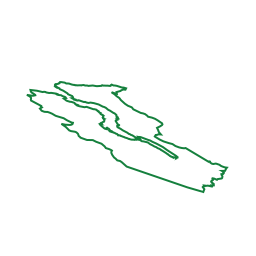 outline of Gratangen nor, Norway, rotated 19°
{"feature_id": "86288312B27152726766865", "entity_name": "Gratangen nor", "entity_type": "district", "adm_level": 2, "iso_a3": "NOR", "parent_name": "Norway", "parent_adm1": "", "projection": "equal_earth", "projection_center": [17.46, 68.708], "detail": "fine", "context": "isolated", "style": "outline", "palette": "green", "viewbox_px": 256, "rotation_deg": 19, "n_neighbors": 0, "source": "geoboundaries", "source_scale": "gbopen_adm2", "svg_char_len": 5899}
<svg xmlns="http://www.w3.org/2000/svg" viewBox="0 0 256 256"><g transform="rotate(19 128 128)"><path d="M220.0,164.0L220.1,161.0L217.9,159.5L218.2,158.8L219.2,158.2L218.6,157.6L221.1,157.1L222.2,156.5L226.5,156.0L226.6,155.6L225.7,155.0L227.8,154.3L227.6,153.7L227.2,153.5L227.1,152.9L225.5,152.6L225.4,152.2L224.3,151.9L224.0,151.4L224.3,150.6L225.3,149.4L225.2,148.6L223.5,148.2L225.7,147.8L229.0,148.0L229.3,147.2L233.0,145.2L233.3,144.5L233.0,142.9L231.6,141.8L231.6,141.5L231.4,141.2L232.9,140.5L233.2,139.7L232.7,139.2L233.0,138.9L232.3,138.3L230.8,138.0L233.7,136.9L234.0,134.5L234.4,133.3L232.4,133.7L229.7,133.7L227.8,133.5L227.2,133.2L226.4,133.0L223.2,133.0L222.5,133.1L220.3,134.3L218.7,134.4L217.0,133.9L216.5,133.4L216.5,133.1L216.3,133.0L215.5,133.2L215.2,133.7L189.0,128.2L187.7,128.9L185.4,129.4L182.7,129.7L178.7,129.6L175.3,128.7L171.4,129.0L165.9,129.1L161.7,128.6L156.7,127.5L156.1,127.3L156.5,125.6L157.8,125.0L158.9,124.0L161.2,123.4L158.9,122.1L158.1,121.4L157.3,120.3L155.4,118.4L157.7,116.1L159.2,114.2L159.4,113.4L158.7,112.5L153.5,111.1L150.5,110.5L147.1,110.4L143.3,110.8L142.1,110.1L139.6,109.3L137.4,109.3L135.2,109.6L126.9,108.6L125.2,107.4L124.5,107.2L120.7,107.0L117.3,106.1L112.1,103.9L110.1,102.5L106.8,101.6L104.1,100.4L101.7,99.9L100.9,99.5L104.6,99.5L106.3,99.3L105.4,97.8L108.9,95.4L109.2,94.7L110.9,93.2L113.1,92.6L113.3,91.1L110.8,91.2L109.0,91.7L103.6,91.8L101.8,92.1L100.4,92.5L98.4,92.3L97.8,93.1L97.8,93.8L97.2,94.1L95.0,94.6L91.0,95.9L89.6,96.0L89.3,96.7L86.4,98.0L84.5,98.7L80.8,99.3L76.8,101.1L75.8,101.1L73.6,101.8L72.1,101.8L70.3,102.6L69.9,103.0L69.3,103.0L66.5,104.1L63.4,104.8L62.6,104.7L62.9,104.9L60.8,105.2L57.6,105.2L55.1,106.0L53.4,105.7L49.6,106.4L48.7,106.8L48.5,107.3L48.7,107.5L48.7,107.9L47.9,108.4L47.9,108.7L46.5,109.6L45.2,110.1L44.9,110.7L44.9,111.2L45.1,111.4L46.4,111.9L45.7,112.5L45.9,112.6L48.1,113.1L48.7,112.7L49.3,112.7L50.3,112.9L50.4,113.2L51.0,113.5L54.6,113.8L58.8,114.8L59.6,115.0L60.3,115.6L64.9,116.0L66.1,116.9L66.0,117.3L64.8,117.6L66.0,117.9L65.5,118.1L65.9,118.2L67.6,118.2L67.2,118.5L67.4,118.7L70.8,118.6L71.5,118.4L71.5,118.2L72.0,117.9L73.0,117.8L77.4,117.8L78.2,117.7L78.8,117.3L80.6,117.4L82.2,117.2L82.7,117.1L84.2,116.2L87.6,115.6L92.6,115.3L97.2,116.0L98.5,115.9L100.4,116.1L103.5,117.3L105.0,117.4L109.4,118.5L110.4,118.5L112.7,119.4L112.9,120.0L113.5,120.5L113.3,120.7L113.5,121.0L114.5,121.4L114.3,121.8L114.9,121.6L114.9,121.9L115.8,122.4L115.0,123.0L115.4,123.5L114.3,124.2L114.2,124.5L114.5,124.7L114.1,125.4L114.8,126.0L115.7,126.7L116.4,127.3L117.3,127.9L118.5,128.1L118.5,128.4L118.1,128.4L118.3,128.5L118.1,128.7L117.4,129.0L117.5,129.3L117.1,129.7L117.3,130.0L117.6,130.1L117.8,130.6L118.2,130.7L121.3,131.2L123.8,131.9L129.0,132.7L130.7,133.3L131.6,133.2L133.3,133.6L134.4,133.5L139.5,134.8L141.5,134.1L141.5,133.8L141.9,133.8L141.3,133.4L140.3,133.5L140.1,133.2L141.5,133.1L140.8,133.0L142.9,132.5L151.0,132.7L153.0,132.6L155.5,133.1L160.0,133.5L167.4,134.7L171.9,136.1L182.5,138.7L184.0,139.3L183.6,139.8L183.6,140.3L183.8,140.0L184.0,140.1L183.6,140.4L183.2,140.3L183.3,140.6L184.6,140.9L182.7,140.8L182.0,140.6L181.3,140.7L180.9,141.2L181.1,141.2L180.8,141.2L181.6,141.5L180.3,141.2L179.9,141.1L180.7,141.1L180.0,140.9L177.8,141.0L177.6,140.8L176.7,140.8L176.3,140.5L174.9,140.2L174.3,139.8L173.3,139.7L172.2,139.3L167.6,138.2L166.5,138.1L166.0,137.8L164.6,137.5L162.5,137.4L160.9,136.9L159.1,136.9L156.8,136.4L154.2,136.1L151.5,135.2L147.1,135.6L145.3,136.0L143.2,135.4L140.9,135.8L140.1,135.7L139.8,135.8L140.2,136.0L139.8,136.4L138.4,136.7L137.8,137.2L137.1,137.2L135.4,137.8L133.4,138.0L132.8,137.9L132.4,138.1L130.6,137.9L127.8,138.0L127.1,137.8L126.5,137.9L124.4,137.8L123.9,137.9L123.0,137.6L122.4,137.8L121.2,137.7L121.0,138.1L119.5,137.2L118.2,137.3L116.8,136.9L116.3,137.1L114.7,136.7L114.4,136.9L113.7,136.9L113.9,136.6L113.7,136.3L113.4,136.3L113.8,136.6L113.6,136.8L112.8,136.8L112.6,136.8L112.9,137.1L111.9,137.1L110.9,136.5L110.9,136.2L111.3,135.7L110.2,135.0L109.2,134.9L108.2,134.5L107.8,134.7L107.6,135.1L108.0,135.2L107.8,135.5L108.4,135.6L108.5,136.0L106.1,136.2L106.3,136.1L105.9,136.1L101.9,134.6L101.7,134.4L101.9,134.4L101.4,134.2L101.6,134.1L101.3,134.1L101.3,133.6L101.0,133.5L101.9,133.2L101.6,133.1L101.4,132.8L101.6,132.8L101.1,132.7L101.3,132.5L100.9,132.4L101.3,132.0L101.2,131.8L101.4,131.7L102.5,130.3L103.2,129.9L103.3,129.1L103.2,128.6L102.5,127.8L102.9,127.2L101.8,127.2L101.4,127.0L101.5,126.6L100.7,126.3L100.9,125.3L100.2,124.4L100.5,124.2L99.6,123.8L98.8,124.0L97.6,123.7L97.2,123.4L97.3,122.8L95.6,122.6L95.3,122.2L94.3,122.0L94.4,121.7L92.5,121.3L92.4,121.1L92.1,121.0L90.0,121.2L89.1,121.5L81.9,121.5L80.1,122.5L75.2,123.2L72.6,123.3L71.4,122.9L71.8,122.6L70.9,122.6L69.1,121.7L66.0,121.7L64.6,122.1L61.5,122.2L59.9,121.9L59.1,121.4L58.1,121.2L58.4,121.0L58.4,120.8L58.9,120.8L58.8,120.4L59.8,120.2L59.3,120.1L59.6,119.9L59.2,119.7L59.1,119.4L58.1,119.1L55.7,119.2L54.2,118.8L51.5,119.4L50.1,119.5L49.3,119.3L49.6,118.9L48.8,118.9L43.9,119.8L42.0,120.6L39.1,121.0L38.3,120.8L36.8,121.1L35.6,121.8L29.8,122.4L23.4,123.8L24.3,125.2L24.8,125.5L25.9,126.0L26.7,126.1L29.5,126.9L29.7,127.2L29.0,127.6L28.4,128.1L26.8,128.7L21.6,129.6L24.7,130.1L26.1,130.7L26.5,131.1L26.8,131.9L26.8,132.6L27.4,133.6L38.7,135.4L38.7,136.0L39.9,136.5L38.4,138.3L40.7,139.8L43.0,139.9L44.2,139.8L46.7,139.0L48.9,139.0L51.6,139.2L55.5,140.0L56.8,140.0L64.0,139.7L67.9,140.6L73.1,141.2L74.2,141.0L74.3,142.1L73.9,142.8L73.1,143.5L71.9,144.1L67.6,145.3L63.7,145.8L68.7,147.2L73.2,149.4L75.1,149.5L79.1,148.8L80.6,148.9L82.4,149.7L82.8,150.0L84.0,151.6L85.9,152.3L86.2,152.6L93.0,152.7L98.7,150.9L102.4,151.4L108.1,151.5L111.9,153.0L113.6,154.2L116.8,154.1L119.0,154.3L120.2,154.6L120.0,156.0L120.4,157.0L121.9,158.6L124.4,160.4L126.2,161.0L128.4,162.1L131.2,161.8L133.1,162.3L139.3,164.9L203.4,164.8L220.0,164.0Z" fill="none" stroke="#15803d" stroke-width="2"/></g></svg>